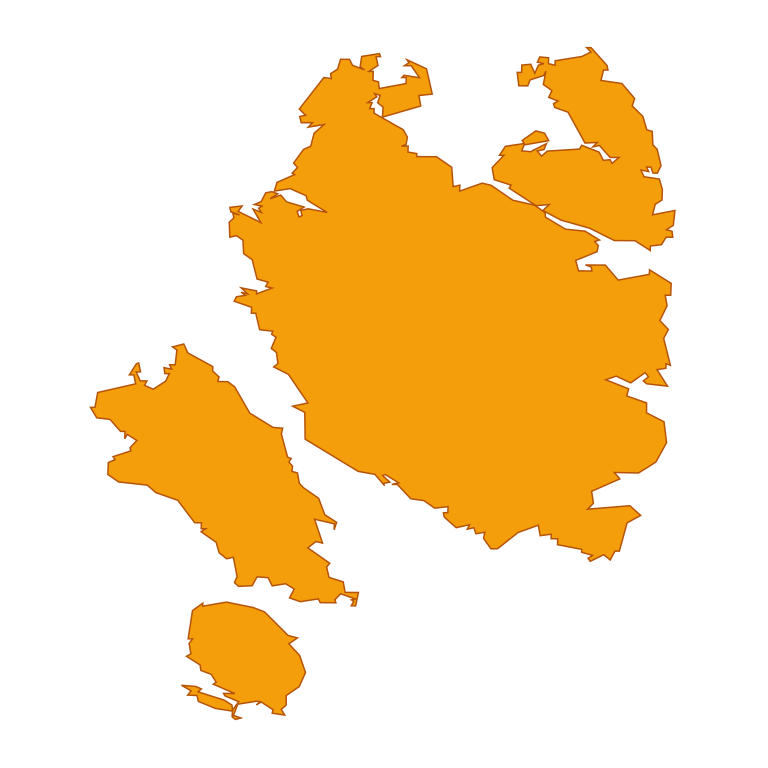 Bokn nor, Rogaland, Norway (Robinson projection), rotated 179°
{"feature_id": "86288312B12151058165586", "entity_name": "Bokn nor", "entity_type": "district", "adm_level": 2, "iso_a3": "NOR", "parent_name": "Norway", "parent_adm1": "Rogaland", "projection": "robinson", "projection_center": [5.436, 59.216], "detail": "fine", "context": "isolated", "style": "filled", "palette": "amber", "viewbox_px": 768, "rotation_deg": 179, "n_neighbors": 0, "source": "geoboundaries", "source_scale": "gbopen_adm2", "svg_char_len": 6125}
<svg xmlns="http://www.w3.org/2000/svg" viewBox="0 0 768 768"><g transform="rotate(179 384 384)"><path d="M167.3,209.5L160.9,204.1L156.0,212.9L151.6,212.8L143.4,240.9L129.7,248.1L140.3,258.0L182.6,255.3L176.7,261.1L178.3,273.1L149.9,285.0L155.2,291.5L131.1,290.6L120.4,297.0L113.5,301.3L102.5,320.4L104.7,341.3L122.0,350.6L121.8,360.5L141.5,367.8L139.5,374.9L162.3,384.4L151.7,387.8L137.3,380.8L122.7,390.8L119.5,386.6L124.7,382.5L121.3,379.6L100.6,376.9L110.8,393.6L101.9,394.8L101.6,399.3L97.3,397.7L103.6,424.7L98.7,433.5L107.1,442.6L99.6,457.3L101.3,467.8L95.8,467.7L95.1,479.6L116.5,493.5L116.8,489.0L148.1,483.8L160.6,499.0L180.5,499.5L174.7,497.4L174.2,493.4L187.5,493.7L190.2,504.2L168.7,512.6L167.3,518.6L170.9,522.8L166.0,524.2L180.3,533.3L199.8,535.6L219.7,548.0L219.8,552.4L230.4,560.2L252.0,565.5L273.4,580.8L282.4,583.1L305.0,575.5L304.7,581.5L311.4,580.1L312.5,599.5L327.5,610.3L347.4,610.8L347.2,613.8L356.0,615.5L355.7,621.4L362.3,621.6L357.8,623.0L356.3,630.4L360.3,637.9L389.3,655.0L389.1,659.5L393.5,659.6L391.0,665.5L395.4,665.6L386.2,671.3L388.3,674.4L382.8,672.7L385.4,665.4L380.1,660.8L380.9,650.9L342.4,661.3L344.1,671.8L330.7,673.0L336.0,698.4L355.4,707.8L353.4,704.8L358.0,701.9L351.3,701.8L343.1,689.6L358.5,692.3L360.8,690.1L356.4,690.0L356.7,684.0L383.6,679.5L384.3,686.2L389.7,687.8L389.3,696.7L393.7,696.8L384.5,702.6L386.2,711.5L381.8,711.4L382.8,714.4L400.6,711.9L402.3,701.5L398.0,698.4L409.9,703.2L412.9,709.2L421.8,709.4L424.9,699.6L432.0,695.2L431.3,690.3L438.8,691.5L463.9,660.4L457.7,654.1L463.6,652.9L462.2,646.7L450.9,646.5L455.3,642.1L439.4,644.5L449.5,635.9L453.1,623.1L460.4,619.9L470.5,606.5L466.7,601.9L472.2,596.4L469.7,594.9L487.5,587.4L490.2,578.8L474.6,581.0L458.6,573.7L457.5,569.1L437.8,556.5L456.7,560.5L464.2,559.0L463.0,553.8L466.0,552.5L467.9,558.1L460.8,562.3L478.2,567.8L484.0,574.7L494.7,571.2L486.9,576.0L492.8,578.2L498.8,577.3L503.7,568.5L510.5,565.7L502.9,564.0L506.3,561.9L503.5,557.6L511.9,561.2L504.3,547.5L526.8,559.1L522.8,564.5L535.0,563.3L534.2,558.8L525.5,555.6L532.1,557.3L531.2,552.8L535.9,548.4L535.6,533.5L528.9,534.9L522.5,530.2L522.1,516.8L513.6,510.6L509.1,491.2L498.2,487.9L500.6,483.5L494.1,481.9L509.9,476.3L509.7,479.3L525.1,482.6L518.8,476.5L525.3,478.2L521.0,475.1L530.0,473.8L532.4,469.4L515.1,463.0L515.4,457.1L511.0,457.0L507.4,440.5L494.2,438.7L495.5,435.7L491.2,432.6L496.1,421.5L491.0,417.4L489.7,406.3L494.0,403.0L479.4,395.3L460.4,366.4L475.7,363.4L463.7,357.0L463.8,330.2L411.4,297.1L394.7,293.8L385.1,282.3L386.7,284.5L379.9,285.8L386.9,292.4L384.4,293.5L370.9,284.8L378.0,283.5L372.4,283.3L359.2,268.8L346.1,266.7L335.5,259.0L322.1,260.2L322.4,254.2L326.8,254.3L326.0,249.8L314.3,239.1L300.9,241.8L303.3,237.4L296.6,238.7L294.7,232.7L285.8,234.0L287.2,228.0L280.0,217.4L273.4,217.3L252.5,233.2L232.2,240.1L230.5,229.6L219.4,230.9L219.6,226.4L213.0,226.2L213.3,220.3L189.2,215.2L189.3,212.3L178.4,209.0L183.0,206.2L180.9,203.1L167.3,209.5ZM420.6,162.8L416.2,162.7L413.2,176.0L426.5,176.3L428.2,186.8L442.3,191.6L444.6,202.0L441.4,205.7L463.0,221.5L454.8,227.7L448.2,226.0L455.8,250.0L436.1,245.1L436.4,239.1L433.8,246.5L445.5,254.3L451.3,270.8L466.2,281.6L470.4,286.2L472.1,296.6L477.5,298.2L476.9,303.4L480.4,307.6L478.1,311.1L481.7,312.6L487.5,335.9L486.1,341.6L495.6,342.5L518.7,357.2L533.4,383.8L540.1,389.0L550.1,389.4L548.8,393.9L555.1,400.0L554.9,404.4L579.6,418.5L583.5,427.5L594.8,424.8L590.5,421.7L592.4,406.9L598.0,407.0L596.0,402.5L603.7,404.2L602.9,398.2L598.5,398.1L602.2,390.7L614.8,382.8L623.5,386.8L621.0,391.2L627.7,391.4L631.6,400.4L627.2,400.3L628.9,409.3L631.2,408.6L638.4,397.6L634.0,397.5L632.3,388.5L670.4,380.5L673.4,365.7L677.9,365.8L671.8,355.2L658.6,353.4L648.2,341.2L643.8,341.1L644.2,333.7L641.7,338.1L632.1,331.9L639.1,324.6L638.2,321.6L656.2,316.1L654.2,313.1L661.0,310.3L661.7,298.4L651.0,290.7L622.4,287.0L613.9,279.3L592.2,271.3L575.7,248.6L569.0,248.4L569.3,242.4L564.9,242.3L569.5,239.5L554.6,228.7L551.8,218.2L544.4,212.0L537.7,213.4L534.2,194.1L537.0,188.0L532.8,184.2L519.3,184.6L514.3,193.4L503.3,192.4L499.3,184.1L485.9,186.0L477.3,180.6L482.2,171.8L471.4,167.8L453.5,170.3L451.5,166.5L435.9,166.1L436.9,169.1L431.0,175.0L416.5,169.6L420.3,168.7L418.1,167.2L420.6,162.8ZM130.5,522.9L115.5,512.8L115.3,517.3L104.1,518.5L99.3,525.9L92.7,525.7L93.4,531.7L98.9,533.3L92.0,537.6L90.1,552.4L112.5,548.5L109.7,558.9L102.8,563.2L102.3,573.6L105.1,584.1L120.4,586.7L123.4,593.5L115.7,591.8L117.7,596.3L113.3,596.2L111.4,590.2L107.0,590.1L103.2,597.4L106.8,613.9L111.0,618.5L111.4,631.9L116.8,633.5L120.5,647.0L131.0,657.7L128.4,665.1L140.9,680.3L161.8,683.7L159.0,694.1L154.6,694.0L155.4,698.5L171.1,716.7L175.5,716.8L171.3,712.3L180.4,708.0L207.2,704.2L207.4,699.7L214.0,701.4L213.7,707.3L222.5,708.3L225.0,703.1L218.4,701.5L224.0,700.1L227.8,692.0L231.7,701.1L240.6,700.5L241.0,693.1L245.4,693.2L244.0,679.8L235.1,679.6L232.6,685.5L219.1,689.6L216.6,694.0L219.5,680.7L211.0,674.5L214.3,667.7L205.1,663.9L209.6,661.3L208.5,657.5L195.3,652.6L178.8,621.4L166.5,621.8L171.1,617.4L164.4,618.7L154.0,606.6L145.1,606.4L152.1,600.6L154.1,604.3L160.8,603.8L164.8,612.0L182.1,619.2L184.5,615.5L216.7,614.0L222.5,609.0L226.7,614.3L220.0,615.6L217.4,621.5L233.4,613.7L242.2,614.7L239.7,620.6L215.1,624.4L219.1,632.0L227.8,634.4L241.6,625.1L239.6,622.0L258.5,619.5L264.6,610.7L260.1,610.6L272.1,598.4L270.2,586.4L253.4,580.6L255.5,577.7L228.9,559.7L215.7,560.5L222.1,554.7L204.0,544.7L175.7,536.2L151.2,523.4L130.5,522.9ZM501.5,56.8L489.0,54.7L492.4,60.5L487.4,64.7L487.2,74.2L474.0,83.0L467.5,96.9L473.1,114.1L483.7,125.9L475.0,131.6L484.3,134.3L507.4,158.2L518.7,162.8L545.4,168.7L569.2,165.0L569.0,168.0L579.4,160.8L584.3,132.6L579.8,132.5L583.4,128.1L581.8,117.6L586.2,115.2L572.8,106.3L572.1,100.8L561.9,96.8L557.0,88.8L559.9,86.8L538.5,77.1L549.8,77.5L548.4,74.9L534.8,68.9L541.2,60.5L541.6,65.6L549.1,70.6L575.3,79.5L571.9,82.3L577.2,84.8L591.7,86.3L582.2,80.6L585.7,76.4L576.4,75.8L575.2,69.9L558.1,62.5L541.2,59.6L541.7,53.9L538.4,51.2L532.9,52.6L540.3,55.2L535.8,66.4L516.7,69.1L513.5,68.5L517.3,65.3L512.3,68.2L500.6,60.3L501.5,56.8Z" fill="#f59e0b" stroke="#b45309" stroke-width="1.5"/></g></svg>